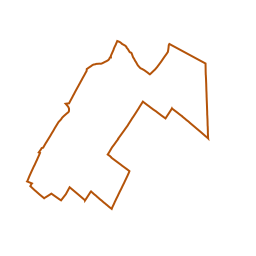 the district of Tultepec, México, Mexico, rotated 18°
{"feature_id": "50627088B32512341732198", "entity_name": "Tultepec", "entity_type": "district", "adm_level": 2, "iso_a3": "MEX", "parent_name": "Mexico", "parent_adm1": "México", "projection": "equal_earth", "projection_center": [-99.118, 19.678], "detail": "fine", "context": "isolated", "style": "outline", "palette": "amber", "viewbox_px": 256, "rotation_deg": 18, "n_neighbors": 0, "source": "geoboundaries", "source_scale": "gbopen_adm2", "svg_char_len": 4748}
<svg xmlns="http://www.w3.org/2000/svg" viewBox="0 0 256 256"><g transform="rotate(18 128 128)"><path d="M142.7,168.6L141.7,168.2L133.8,165.6L133.1,165.3L132.2,165.0L123.0,161.9L122.9,161.9L121.1,161.2L120.9,160.9L120.1,160.6L119.6,160.3L116.9,159.5L117.6,156.8L118.2,154.0L118.8,151.3L120.0,147.9L121.1,144.4L122.1,141.5L121.9,141.3L122.9,138.3L123.9,135.2L124.9,132.1L125.2,131.2L125.5,130.1L125.8,129.2L127.0,125.5L127.1,124.8L128.2,120.6L129.2,116.6L129.3,116.5L130.4,112.5L131.5,108.3L131.6,107.8L132.1,106.1L132.3,105.0L132.6,103.8L133.3,101.1L134.0,98.3L135.0,98.7L137.6,99.6L139.3,100.2L139.6,100.3L140.9,100.7L141.8,101.0L142.2,101.2L142.8,101.4L145.5,102.3L146.3,102.6L146.8,102.7L147.3,102.9L148.9,103.3L149.3,103.4L151.7,104.3L154.6,105.3L155.4,105.6L160.7,107.3L162.3,101.4L163.5,96.9L163.7,95.8L163.8,95.9L170.2,98.1L172.3,98.9L174.3,99.6L174.9,99.8L175.5,99.9L176.0,100.3L176.5,100.4L177.0,100.7L177.6,100.9L178.2,101.1L178.5,101.3L178.9,101.4L179.7,101.7L180.3,102.0L181.0,102.3L181.7,102.5L182.1,102.7L182.7,102.9L183.2,103.0L183.6,103.2L185.8,104.2L191.0,106.3L194.1,107.6L194.7,107.8L195.6,108.2L197.4,108.9L200.0,110.0L201.4,110.6L203.3,111.4L203.7,111.6L206.0,112.5L206.4,112.7L207.0,112.9L207.4,113.1L207.2,112.7L206.7,111.3L206.6,111.1L206.2,109.9L205.4,107.8L205.0,106.5L204.2,104.3L203.5,102.3L203.2,101.6L202.9,100.9L201.7,97.4L200.8,94.9L200.1,93.1L199.9,92.5L199.2,90.8L198.3,88.1L197.7,86.5L196.5,83.2L195.4,80.2L194.7,78.3L193.8,75.9L193.6,75.3L193.1,74.0L192.7,72.8L191.5,69.5L191.1,68.5L189.9,65.1L189.5,64.0L188.8,62.0L187.9,59.6L187.1,57.4L186.8,56.6L186.1,54.8L185.8,54.0L185.2,52.6L185.0,51.9L184.5,50.6L183.6,47.9L181.8,42.7L143.5,35.7L141.4,35.3L141.2,36.2L141.2,36.7L141.7,39.0L142.1,41.1L142.4,43.4L141.6,46.2L140.7,48.9L139.9,51.6L139.1,54.4L138.2,57.1L137.9,58.0L137.6,58.9L137.2,60.0L136.9,61.0L136.5,61.9L136.1,62.9L135.4,64.5L135.1,64.9L134.7,65.7L134.3,66.4L133.3,68.3L132.7,69.4L132.2,70.2L131.5,70.0L130.1,69.5L129.5,69.2L129.0,69.1L128.1,68.8L125.6,68.0L123.2,67.5L122.2,67.4L121.4,67.3L120.4,66.8L119.4,66.2L118.0,65.4L117.0,64.5L115.3,62.9L114.0,61.9L112.8,60.7L112.2,60.1L111.5,59.6L111.0,59.2L110.2,58.2L109.2,56.9L108.4,55.9L108.1,55.6L107.5,55.4L106.6,55.4L106.1,55.2L105.2,54.5L104.3,53.7L103.3,52.9L103.2,52.8L102.0,52.1L101.6,51.8L101.3,51.2L100.2,50.7L99.6,50.5L99.1,50.4L98.6,50.3L96.0,49.8L95.7,49.5L94.9,49.2L94.1,48.9L93.5,48.8L92.8,48.7L92.7,48.7L92.1,48.6L91.9,48.7L90.9,48.6L90.7,51.0L90.6,52.2L90.5,53.3L90.3,54.3L90.0,57.1L90.1,57.8L89.5,63.6L89.4,64.2L89.4,64.5L89.6,65.3L89.9,66.1L89.2,66.2L89.1,66.4L88.9,67.1L88.9,67.9L88.4,69.2L88.3,69.5L87.9,69.9L87.5,70.4L87.0,71.0L86.1,71.8L85.2,72.7L85.1,72.8L84.8,73.1L84.5,73.5L84.2,73.7L83.3,74.6L82.5,75.2L81.9,75.4L81.4,75.5L80.6,75.8L79.6,76.2L78.4,76.7L78.0,76.8L77.8,77.0L76.9,77.7L76.0,78.1L75.4,78.5L74.4,79.6L73.6,80.8L73.2,81.2L72.8,81.8L72.2,82.5L71.4,83.6L70.8,84.4L70.6,84.6L71.0,86.8L70.6,88.4L70.4,89.7L70.0,91.8L69.6,93.7L69.1,96.4L69.1,96.6L68.6,98.9L68.6,99.4L68.4,100.2L68.2,101.3L68.0,102.0L68.0,102.4L67.3,105.9L67.2,106.5L66.9,108.0L66.7,109.1L66.3,111.3L66.3,111.6L65.8,114.1L65.6,115.3L65.6,115.5L64.8,119.8L64.3,122.8L62.4,123.6L61.2,124.2L64.5,126.2L65.1,126.9L65.4,127.2L65.6,127.4L65.9,127.8L66.1,128.4L66.3,128.9L66.4,129.3L66.5,129.7L66.5,129.9L66.6,130.1L66.6,130.6L66.4,131.4L65.2,133.2L63.3,136.4L62.2,138.5L61.8,140.0L61.5,140.8L61.4,141.1L60.1,143.8L59.2,147.5L58.4,150.8L57.8,153.9L57.1,156.7L56.5,159.6L55.9,162.0L55.3,164.5L54.7,167.0L54.5,167.6L53.8,170.9L53.5,172.4L53.4,172.9L53.2,173.1L52.5,173.5L52.1,173.8L52.0,174.3L51.8,175.3L50.7,178.8L52.0,178.9L51.8,181.5L51.5,184.0L51.2,187.2L51.1,187.6L51.0,188.5L50.5,192.9L50.4,193.0L49.7,198.8L49.1,204.2L48.7,209.7L48.6,210.0L53.7,210.4L53.6,210.6L53.1,213.5L58.0,215.8L58.6,216.1L59.5,216.4L64.5,218.6L67.9,219.9L69.7,220.6L69.9,220.7L70.0,220.5L70.4,220.1L71.7,218.6L73.7,216.2L75.4,214.1L78.6,215.1L83.5,216.6L84.1,216.8L86.7,217.5L89.3,210.3L89.4,209.9L90.8,202.4L98.5,205.5L100.5,206.3L104.1,207.8L109.4,210.0L109.5,210.2L110.3,207.4L112.3,199.8L112.4,199.7L112.9,200.0L113.7,200.3L114.6,200.7L114.8,200.8L115.0,200.9L116.1,201.4L118.3,202.2L119.0,202.5L119.3,202.7L122.2,203.9L122.5,204.1L124.3,204.8L124.8,205.0L125.0,205.0L125.7,205.3L125.9,205.4L126.3,205.6L126.8,205.8L128.2,206.4L129.3,206.8L129.7,206.9L131.0,207.5L132.2,207.9L132.6,208.1L132.8,208.2L134.3,208.8L134.6,208.9L134.7,209.0L135.3,209.2L137.5,210.0L137.6,208.0L138.0,205.2L138.2,203.4L138.3,202.2L138.5,201.0L138.7,199.3L139.2,196.1L139.3,195.3L139.6,192.8L139.7,192.4L139.8,191.3L140.3,188.3L140.4,187.6L140.7,185.2L141.1,182.5L141.2,182.0L141.5,179.4L141.9,176.4L142.3,173.4L142.4,172.3L142.6,170.6L142.7,168.6Z" fill="none" stroke="#b45309" stroke-width="2"/></g></svg>